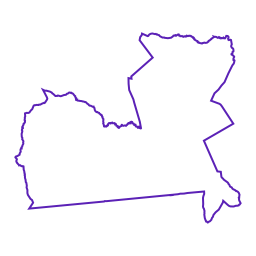 outline of Kalulushi, Copperbelt, Zambia
{"feature_id": "96606910B20946814397752", "entity_name": "Kalulushi", "entity_type": "district", "adm_level": 2, "iso_a3": "ZMB", "parent_name": "Zambia", "parent_adm1": "Copperbelt", "projection": "natural_earth1", "projection_center": [27.971, -12.761], "detail": "fine", "context": "isolated", "style": "outline", "palette": "violet", "viewbox_px": 256, "rotation_deg": 0, "n_neighbors": 0, "source": "geoboundaries", "source_scale": "gbopen_adm2", "svg_char_len": 5717}
<svg xmlns="http://www.w3.org/2000/svg" viewBox="0 0 256 256"><path d="M25.0,113.4L25.2,116.5L24.8,117.3L24.9,118.1L24.6,120.1L25.0,120.5L24.9,121.0L25.0,122.0L24.4,123.1L23.6,123.7L23.6,124.7L23.2,125.1L22.7,126.2L22.8,127.1L22.5,126.9L22.2,127.1L22.3,128.5L21.9,130.0L22.2,130.3L22.1,130.9L22.3,131.5L21.6,133.9L21.8,136.9L22.4,138.0L22.2,139.3L23.3,140.9L23.4,141.5L23.1,142.4L23.3,143.1L23.3,143.8L22.4,145.5L22.2,146.7L21.4,147.5L21.6,148.4L21.2,148.4L20.6,149.3L20.5,150.3L20.7,151.7L19.7,153.4L19.6,154.7L17.3,156.1L16.1,156.4L15.6,156.8L15.4,157.4L16.9,159.2L16.3,161.0L16.4,161.8L17.1,162.6L17.1,163.0L19.0,165.0L19.1,165.4L20.1,165.2L21.4,166.1L22.2,166.3L22.8,166.1L23.5,166.4L23.7,169.7L24.3,171.3L24.3,172.2L24.6,173.0L24.5,173.8L24.9,174.2L24.7,175.5L24.9,175.7L25.0,176.2L24.9,177.2L25.2,178.8L25.5,179.4L25.8,182.1L26.3,182.7L26.8,185.5L26.6,187.6L27.4,189.9L27.4,193.1L27.9,194.9L30.5,198.9L32.0,200.0L33.1,202.7L29.2,208.6L104.2,201.5L104.6,201.1L107.1,201.1L171.1,194.9L171.0,195.2L173.0,195.0L173.2,194.7L178.1,194.2L180.2,193.7L183.9,193.6L187.5,193.0L204.1,191.5L204.2,193.9L203.4,196.0L203.0,197.9L203.2,204.0L203.0,206.6L203.3,207.8L203.9,208.7L204.5,211.0L204.4,212.4L204.5,213.5L204.3,214.5L204.8,218.1L206.0,221.3L206.3,221.2L207.3,222.2L207.8,222.5L208.3,222.0L210.0,221.2L211.4,219.7L211.9,218.1L212.9,216.8L213.5,214.9L215.6,212.3L218.8,209.6L222.8,202.6L223.2,200.8L227.5,204.7L229.0,205.9L230.4,206.4L233.7,206.5L235.7,205.8L237.5,205.7L238.7,205.4L239.1,204.7L239.7,204.5L240.6,203.2L239.2,200.4L238.9,198.7L239.2,198.0L238.8,197.5L239.2,196.9L239.5,194.7L238.8,192.9L238.0,191.9L236.3,190.9L236.0,191.0L234.9,190.0L233.1,189.2L232.3,188.5L231.8,187.5L230.0,186.5L229.3,184.7L228.4,183.8L228.2,183.1L227.6,182.4L223.6,179.5L223.3,178.9L221.7,177.4L221.4,176.7L220.8,171.8L217.4,171.4L203.9,140.7L233.3,123.7L221.9,106.3L220.6,104.6L219.4,103.8L211.1,100.7L214.5,93.3L218.5,89.6L221.5,85.5L224.5,82.2L228.4,73.3L232.4,65.3L233.6,63.8L234.0,62.9L234.5,60.5L234.3,60.2L233.5,60.1L233.4,59.1L233.5,58.3L234.2,56.9L234.1,56.5L232.7,55.2L231.5,54.5L231.5,54.0L232.4,53.6L232.5,52.0L233.3,51.5L233.5,51.1L233.3,49.1L232.9,48.4L231.8,47.7L231.2,46.5L231.3,45.4L231.8,44.3L231.0,40.0L230.1,39.7L228.9,40.1L228.4,39.8L228.1,38.6L228.5,37.6L228.5,36.9L227.7,36.0L226.3,35.9L225.5,37.8L224.9,38.4L223.8,37.8L223.5,38.2L223.2,38.2L223.1,37.9L222.8,38.2L221.7,38.0L221.2,38.3L221.1,38.0L220.2,37.9L219.7,37.4L219.4,37.8L219.2,37.6L218.5,37.7L218.4,37.5L218.2,37.7L217.6,37.8L216.4,37.0L215.5,36.8L214.8,36.9L213.9,36.6L214.0,36.8L213.6,37.3L211.4,38.7L211.3,39.2L210.6,39.5L209.7,40.4L208.7,40.8L208.4,41.2L208.4,41.6L206.9,42.7L205.2,42.9L204.2,42.6L203.6,42.9L202.3,43.1L202.0,43.5L199.7,43.0L198.8,42.4L198.4,42.6L197.9,41.7L197.5,41.9L197.4,41.7L197.2,41.0L196.5,40.8L194.7,39.7L194.6,39.2L194.2,39.2L193.9,38.5L193.4,38.2L193.6,37.7L193.3,37.6L193.1,37.2L192.2,37.0L191.5,36.3L191.2,36.4L190.7,35.9L189.8,35.7L189.0,36.0L188.8,35.8L187.3,36.1L186.8,35.7L186.0,36.6L185.7,36.6L185.4,36.2L184.0,36.4L183.7,36.8L183.2,36.8L182.0,36.0L181.4,36.2L180.2,36.2L179.7,35.5L179.1,35.5L178.8,34.5L178.2,34.4L176.1,35.7L175.6,35.1L175.1,35.2L174.9,35.6L173.5,35.6L172.8,36.5L171.1,37.7L167.9,38.2L164.6,37.8L164.2,37.5L162.4,37.5L159.9,36.2L159.0,35.1L158.2,35.0L157.0,34.3L156.5,34.5L155.8,33.9L154.9,34.1L152.4,33.5L151.0,33.7L149.5,34.4L148.4,35.5L148.3,35.9L147.6,36.1L142.0,33.6L141.7,35.2L140.2,37.1L139.6,40.2L152.7,57.6L131.3,76.4L131.5,78.7L128.5,78.1L128.5,78.7L128.6,83.8L129.2,90.0L133.4,99.4L134.2,102.6L139.8,121.7L141.0,128.2L140.9,128.3L140.4,127.7L139.8,128.1L139.5,128.0L139.3,127.6L138.7,127.7L138.8,127.5L139.1,127.3L138.8,127.2L138.7,126.7L137.2,127.0L136.8,126.5L135.9,126.4L135.9,126.2L135.4,125.6L135.6,125.5L135.6,125.1L135.2,125.0L135.2,124.7L134.9,124.7L135.0,125.0L134.8,125.0L134.7,124.7L134.3,124.7L134.4,124.4L133.8,124.0L133.6,123.6L132.9,123.5L132.5,123.1L132.3,123.2L132.1,122.6L132.4,122.6L132.2,122.0L131.8,121.9L131.5,122.2L131.1,121.8L130.4,122.2L130.5,122.4L130.3,122.6L130.5,122.8L130.2,123.4L129.9,123.4L130.0,123.2L129.5,123.3L129.4,123.0L128.6,123.0L127.8,123.6L127.9,124.0L127.0,124.9L126.2,124.6L126.4,124.8L125.9,125.8L125.0,125.4L123.2,125.8L122.4,125.4L122.0,124.9L121.7,124.9L121.4,126.0L120.4,126.4L118.8,127.5L119.2,127.6L119.0,127.9L118.7,127.9L118.4,127.5L118.5,127.0L118.2,126.7L118.1,127.1L117.8,127.0L117.8,126.2L116.4,125.8L116.0,124.3L115.1,124.4L115.0,123.5L114.6,123.1L112.9,123.3L112.3,122.6L111.3,122.9L110.7,123.5L110.3,123.4L110.2,123.0L109.2,123.1L109.2,123.4L108.5,123.6L107.8,124.5L108.0,125.3L107.7,125.6L107.1,126.0L107.1,125.6L106.9,125.7L105.4,126.5L104.5,126.5L104.4,126.1L104.0,126.1L103.7,124.4L103.2,123.5L103.5,122.6L103.2,121.8L103.4,119.1L103.1,118.9L102.5,117.7L102.6,117.1L102.1,116.7L101.9,116.1L101.9,115.4L101.6,115.3L101.2,114.8L100.7,114.8L100.4,114.2L99.3,113.5L99.1,112.9L97.7,112.4L97.3,112.0L96.5,112.1L95.3,111.0L94.8,110.0L94.4,107.9L93.9,107.5L93.6,106.6L92.8,106.8L90.7,105.7L89.5,105.6L88.8,105.0L88.5,104.4L87.3,103.7L86.0,102.3L85.4,102.0L85.0,102.1L83.6,101.5L82.9,101.5L81.7,101.1L79.7,100.9L78.8,100.6L78.1,100.7L76.9,100.2L77.0,99.6L76.1,99.8L75.9,98.9L76.1,98.0L75.5,97.6L75.2,96.1L74.8,96.0L73.1,93.8L72.4,93.3L71.9,93.3L71.3,92.7L70.4,92.9L69.9,92.5L69.0,92.6L67.8,93.6L66.8,93.8L66.3,94.5L65.8,94.8L64.1,95.0L61.2,96.1L60.5,96.2L57.9,95.5L57.4,95.9L55.4,96.0L53.2,93.9L52.3,93.4L51.8,92.6L49.9,91.6L46.5,90.7L44.9,90.7L43.0,89.8L46.8,97.1L47.3,98.5L47.1,99.4L45.3,102.2L44.6,103.0L44.1,102.8L42.1,103.6L40.3,104.6L39.0,104.6L38.6,105.0L36.3,104.9L35.5,105.2L34.3,105.2L33.6,105.8L32.2,109.2L30.8,110.5L29.4,112.5L28.1,113.0L26.8,112.8L25.0,113.4Z" fill="none" stroke="#5b21b6" stroke-width="2"/></svg>